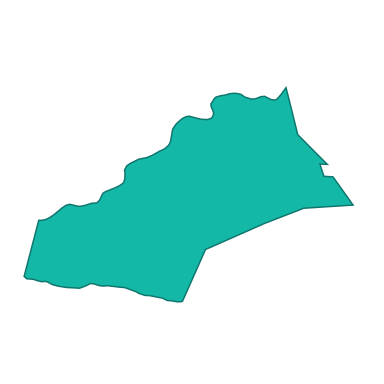 Dirceu Arcoverde, Piauí, Brazil, rotated 184°
{"feature_id": "56859067B92104285124562", "entity_name": "Dirceu Arcoverde", "entity_type": "district", "adm_level": 2, "iso_a3": "BRA", "parent_name": "Brazil", "parent_adm1": "Piauí", "projection": "mercator", "projection_center": [-42.417, -9.344], "detail": "fine", "context": "isolated", "style": "filled", "palette": "teal", "viewbox_px": 384, "rotation_deg": 184, "n_neighbors": 0, "source": "geoboundaries", "source_scale": "gbopen_adm2", "svg_char_len": 1737}
<svg xmlns="http://www.w3.org/2000/svg" viewBox="0 0 384 384"><g transform="rotate(184 192 192)"><path d="M276.7,92.0L273.4,92.0L269.8,92.6L267.6,92.5L265.5,92.4L263.5,92.3L260.6,92.2L258.1,92.0L253.0,92.0L250.8,91.5L240.9,88.6L237.8,87.1L231.9,85.6L229.3,85.6L227.3,85.7L224.2,85.3L218.0,84.5L214.3,84.1L211.4,83.0L209.0,82.0L206.4,82.1L203.6,81.9L198.6,81.4L195.6,81.8L193.9,82.3L189.4,94.6L174.5,135.6L117.9,165.5L79.4,183.6L30.4,190.2L50.3,214.4L52.4,216.9L61.5,216.9L66.4,228.8L59.0,229.0L69.0,237.7L74.8,242.8L90.5,256.6L102.0,292.1L105.5,302.6L110.3,295.0L112.3,292.4L114.1,290.2L116.0,289.5L119.5,289.7L126.2,292.5L130.1,291.9L132.5,290.6L136.0,289.2L139.6,288.9L146.0,290.4L150.1,292.9L153.0,293.3L156.6,293.5L159.3,293.0L161.2,292.7L166.0,290.9L170.3,290.0L174.8,288.3L176.4,286.5L177.7,283.8L179.3,281.2L178.9,278.7L176.8,274.5L176.0,272.2L176.1,270.2L177.7,267.0L181.4,265.4L185.1,265.2L188.8,265.3L200.1,267.4L202.9,266.8L205.7,265.3L207.9,263.6L211.2,260.2L212.6,258.5L214.8,255.0L215.7,253.0L216.9,241.2L218.0,238.0L219.1,236.4L221.8,233.6L224.8,231.6L226.9,230.7L234.2,225.8L240.0,223.0L247.4,221.0L255.5,216.3L259.0,213.4L260.8,209.2L260.1,205.9L260.0,200.8L260.6,197.4L261.8,195.6L265.0,193.1L268.8,190.9L277.8,186.6L280.2,185.1L281.5,183.0L283.7,177.2L286.1,174.5L288.3,174.2L291.2,173.8L297.2,171.4L302.4,169.9L305.0,169.8L306.9,170.2L313.1,171.2L316.5,170.1L320.9,166.7L322.7,164.9L328.6,159.3L332.0,156.7L335.3,154.7L337.8,153.8L340.1,153.2L342.9,153.1L353.6,96.1L350.7,93.9L344.3,93.9L340.8,92.9L335.6,92.0L333.0,92.5L330.0,92.3L325.1,90.0L319.9,88.9L317.3,88.6L310.8,88.0L297.4,88.2L291.9,90.7L289.3,92.2L286.9,93.6L282.7,93.4L280.2,92.6L276.7,92.0Z" fill="#14b8a6" stroke="#0f766e" stroke-width="1.5"/></g></svg>